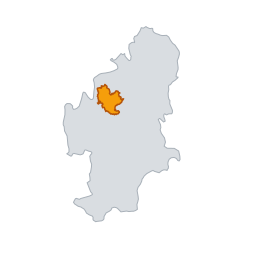 location of Kolubarski within Republic of Serbia, rotated 50°
{"feature_id": "SRB-837", "entity_name": "Kolubarski", "entity_type": "District", "adm_level": 1, "iso_a3": "SRB", "parent_name": "Republic of Serbia", "parent_adm1": "", "projection": "orthographic", "projection_center": [19.93, 44.309], "detail": "fine", "context": "in_parent", "style": "filled", "palette": "amber", "viewbox_px": 256, "rotation_deg": 50, "n_neighbors": 0, "source": "natural_earth", "source_scale": "10m", "svg_char_len": 7477}
<svg xmlns="http://www.w3.org/2000/svg" viewBox="0 0 256 256"><g transform="rotate(50 128 128)"><path d="M141.0,99.4L146.4,101.0L148.8,102.6L150.1,104.6L153.5,105.9L159.0,106.4L162.9,108.4L165.2,112.0L168.7,111.0L173.4,105.6L178.2,104.0L182.9,106.4L185.6,108.4L186.1,110.0L185.0,110.7L182.4,110.5L180.2,111.6L178.6,114.0L178.4,116.5L179.7,119.1L181.4,120.8L183.6,121.8L184.8,123.1L185.1,124.8L185.6,125.3L184.4,126.1L183.1,127.4L182.4,129.5L182.3,132.9L178.2,135.6L176.6,136.1L176.0,137.9L175.0,142.9L175.2,146.6L175.9,148.4L176.2,150.0L177.6,151.8L179.0,154.7L179.9,158.5L181.8,161.3L186.7,164.1L189.1,165.7L190.9,168.1L192.3,170.3L196.3,173.1L196.1,175.2L195.3,177.3L194.4,178.3L192.6,181.0L190.7,182.5L187.7,187.3L182.8,187.7L181.6,188.1L179.8,189.5L178.9,191.8L179.9,193.7L179.8,195.6L179.0,199.3L180.4,203.2L182.2,204.9L182.5,206.0L182.2,207.8L179.7,211.6L179.0,213.0L176.3,213.8L175.4,213.5L174.0,212.2L172.7,211.9L169.6,213.5L166.5,214.5L163.9,213.9L161.4,213.8L159.7,214.5L158.4,214.8L155.9,216.5L151.8,217.7L149.9,217.5L149.2,216.0L148.4,213.8L148.7,212.8L151.4,211.1L151.7,209.4L155.3,201.4L156.0,198.9L156.0,198.0L155.0,197.5L152.9,197.6L143.7,194.5L144.0,190.9L141.3,188.9L138.4,187.2L137.9,185.2L134.6,181.3L132.3,179.1L129.2,178.0L126.7,176.4L125.1,175.5L124.4,173.6L124.4,172.5L123.6,171.5L122.3,171.6L120.3,173.1L117.7,174.4L117.2,175.3L118.2,177.5L118.9,178.9L118.6,180.2L117.8,181.9L112.8,185.7L112.3,187.0L113.2,189.1L112.6,190.0L108.5,191.4L108.6,190.3L108.3,188.5L105.9,186.5L102.5,185.0L95.0,179.8L92.1,179.1L89.5,178.5L85.9,176.0L84.0,175.6L81.9,173.8L77.3,167.8L73.5,164.5L70.9,162.8L70.1,161.2L70.0,159.6L70.1,159.0L72.1,156.7L73.6,156.4L75.6,156.3L76.9,157.5L78.6,157.8L79.6,156.3L80.1,154.1L79.9,151.3L75.8,144.8L72.3,140.2L71.9,139.2L72.7,138.4L73.9,138.0L75.2,138.3L78.7,138.7L82.0,138.3L83.1,137.2L83.1,135.7L81.9,134.3L78.1,130.6L75.1,127.3L71.6,124.8L69.0,123.7L68.2,122.5L67.9,121.1L68.2,118.6L68.4,115.4L69.1,113.4L71.5,109.7L73.7,105.7L75.1,101.9L75.9,98.3L75.6,97.3L74.5,96.5L72.0,95.7L68.6,96.4L65.7,97.6L64.5,97.7L64.2,96.1L64.6,95.4L65.6,95.5L66.3,95.8L67.1,95.1L67.6,93.0L66.5,85.5L68.6,84.8L68.7,83.7L68.9,82.8L71.1,84.1L74.3,84.1L77.0,83.9L77.4,83.2L77.4,82.1L76.8,81.3L75.9,80.6L75.2,79.5L73.3,79.1L67.6,76.3L64.7,73.4L64.9,70.4L65.7,68.7L66.7,68.1L66.4,67.6L63.2,66.1L62.1,64.2L63.0,61.6L61.4,56.5L59.7,53.4L61.4,52.0L61.7,50.1L61.9,49.0L62.6,49.0L65.4,47.7L66.4,46.7L67.0,45.5L67.7,45.2L69.6,46.5L71.5,46.7L73.8,45.8L75.4,44.7L77.4,43.7L78.3,43.1L79.5,42.0L81.8,38.9L84.5,38.3L88.0,39.1L91.8,39.4L94.7,38.7L101.9,39.5L103.4,40.3L104.4,41.1L106.3,43.7L108.2,47.1L110.7,48.7L113.7,50.6L115.3,52.0L117.6,56.1L119.5,58.1L120.1,58.0L120.7,57.4L121.1,57.0L121.6,57.4L121.6,58.6L121.7,61.4L121.3,64.4L122.0,67.2L122.0,68.0L121.6,68.8L121.7,69.5L122.3,70.3L124.8,72.1L127.1,74.9L129.8,76.9L132.3,78.2L133.8,78.2L136.4,80.5L141.4,82.1L143.0,82.6L144.1,83.5L145.0,84.6L145.0,85.8L144.3,86.4L143.2,88.0L142.8,89.9L142.0,90.4L141.2,90.5L140.6,91.1L140.8,91.9L141.5,92.7L142.5,93.4L144.6,94.1L146.6,95.1L146.5,95.9L146.2,96.9L143.6,97.2L141.8,97.4L140.9,97.8L141.0,99.4Z" fill="#d9dde1" stroke="#a8b0b8" stroke-width="1"/><path d="M87.8,132.8L87.7,132.8L87.6,132.7L87.3,132.4L87.1,132.3L86.8,132.2L86.5,132.1L86.1,132.0L85.8,131.7L85.6,131.4L85.3,131.3L84.9,131.1L84.6,131.1L84.3,131.1L84.1,131.1L84.0,130.9L83.8,130.4L83.5,130.1L83.4,130.1L83.1,130.0L83.0,129.9L82.9,129.2L82.4,128.2L82.2,128.1L81.8,127.9L81.7,127.8L81.5,127.6L81.4,127.5L81.0,127.6L80.9,127.5L80.7,127.5L80.6,127.4L80.3,127.1L80.2,127.1L79.6,126.9L79.2,126.8L79.0,126.7L78.7,126.6L78.1,126.2L78.0,125.9L78.1,125.6L78.1,125.2L78.3,125.0L78.6,124.7L78.8,124.1L79.1,123.6L79.3,123.4L79.7,123.3L79.9,123.3L80.1,123.1L80.2,122.9L80.2,122.7L79.8,121.9L79.7,121.8L79.3,121.9L79.1,121.8L78.9,121.6L78.8,121.4L78.7,121.3L78.8,121.2L79.0,120.8L79.5,120.8L79.7,120.7L79.9,120.5L80.1,120.1L80.2,119.8L80.4,119.2L80.4,118.9L80.5,118.6L80.6,118.4L80.1,118.1L79.9,117.9L80.0,117.8L80.0,117.7L80.4,117.6L80.7,117.5L81.1,117.6L81.4,117.5L81.7,117.4L82.4,117.3L82.9,117.6L83.0,117.7L83.1,118.0L83.4,118.3L83.6,118.3L83.8,118.4L84.1,118.3L84.3,118.2L84.7,118.0L85.0,117.9L85.5,117.8L85.9,117.6L86.1,117.6L86.3,117.6L88.1,118.4L88.8,118.7L89.0,118.8L89.1,119.0L89.4,119.3L89.4,119.5L89.4,119.8L89.5,119.9L89.9,120.0L91.0,120.0L91.4,119.9L91.5,119.9L91.6,119.5L91.9,119.1L91.6,118.7L91.2,118.2L91.3,117.8L91.6,117.7L92.1,117.8L92.3,117.7L92.4,117.4L92.4,116.9L92.3,116.6L92.1,116.2L92.5,115.7L92.6,115.3L92.5,115.2L92.3,114.8L92.2,114.5L92.1,114.4L92.1,114.1L92.0,113.8L91.9,113.7L92.0,113.4L92.1,113.2L92.4,112.8L92.5,112.7L92.8,112.6L93.3,112.2L93.5,112.1L94.0,112.2L94.3,112.5L94.5,112.5L94.7,112.3L95.2,112.2L95.5,112.0L95.6,111.8L95.9,111.8L95.9,112.0L95.7,112.6L95.7,112.8L95.8,113.0L96.0,113.2L96.2,113.5L96.4,113.7L96.5,113.8L97.3,114.0L97.6,114.2L98.0,114.4L98.3,114.5L98.5,114.4L98.8,114.2L98.9,113.9L99.0,113.8L99.2,113.7L99.5,113.6L99.9,113.6L100.1,113.7L100.2,113.8L100.3,113.9L100.4,114.2L100.6,114.5L100.8,114.9L100.9,115.0L101.0,115.0L101.5,114.7L101.8,114.5L101.8,114.4L102.0,114.1L102.3,113.6L102.4,113.2L102.5,113.0L102.6,112.9L102.8,112.8L102.9,113.0L103.0,113.2L103.0,113.5L103.1,113.9L103.3,114.2L103.3,114.3L103.3,114.5L103.2,115.0L103.3,115.2L103.7,115.5L103.9,115.8L104.1,116.2L104.1,116.7L104.2,117.0L104.2,117.3L104.1,117.6L104.0,117.8L104.2,118.2L104.2,118.3L104.2,118.5L104.2,118.8L104.2,119.0L104.1,119.4L104.0,119.7L103.9,120.0L103.7,120.2L103.5,120.4L103.4,120.5L103.4,120.8L103.1,121.1L103.1,121.3L103.1,121.5L103.4,121.8L103.5,122.0L103.4,122.2L103.4,122.3L103.1,122.7L103.0,122.9L103.0,123.1L103.1,123.6L103.6,124.3L103.8,124.7L103.9,124.8L104.3,125.1L105.0,125.7L105.1,125.9L105.3,126.3L105.5,126.6L106.0,126.7L106.2,126.4L106.2,126.2L106.3,126.0L106.3,125.9L106.5,126.0L106.8,126.2L107.0,126.2L107.3,126.1L107.5,126.0L107.6,125.9L107.8,125.6L108.1,125.3L108.1,125.2L108.3,124.8L108.4,124.5L108.5,124.4L109.0,124.4L109.6,124.2L110.0,124.3L110.3,124.5L110.5,124.7L110.5,124.8L110.4,125.1L110.4,125.3L110.5,125.5L110.6,125.8L110.7,126.0L110.7,126.3L110.7,126.6L110.3,127.2L110.1,127.5L110.0,127.8L110.0,128.2L109.9,128.2L109.9,128.3L109.4,128.4L109.3,128.5L109.2,128.6L109.2,128.8L109.2,129.0L109.2,129.3L109.1,129.5L108.9,129.7L108.9,129.8L108.6,129.7L108.4,129.8L108.2,129.8L108.0,130.0L107.9,130.2L107.9,130.5L107.6,131.0L107.2,131.1L106.6,131.4L106.5,131.6L106.4,131.8L106.4,132.0L106.2,132.2L105.4,132.2L105.2,132.2L105.0,132.3L104.6,132.5L104.4,132.6L104.2,132.6L103.8,132.5L103.7,132.5L103.3,132.6L102.8,132.6L102.6,132.6L102.3,132.8L102.2,133.1L101.8,133.2L101.1,133.3L100.9,133.4L100.9,133.5L101.0,134.2L101.0,134.3L100.9,134.3L100.7,134.3L100.4,134.1L100.0,134.0L99.6,133.9L99.3,133.8L98.9,133.8L98.0,133.3L97.9,133.3L97.5,133.3L97.4,133.2L97.1,133.0L96.6,133.4L96.3,133.6L96.2,133.8L96.1,134.3L95.7,134.2L95.3,134.1L95.1,134.1L94.9,133.9L94.7,133.7L94.1,133.5L93.9,133.3L93.8,133.1L93.7,132.9L93.7,132.7L93.8,132.5L93.9,132.4L93.8,132.2L93.6,132.0L93.3,131.9L93.1,131.8L92.5,131.8L92.4,131.8L92.2,131.9L92.2,132.0L92.1,132.3L91.6,132.6L91.3,132.9L91.2,132.9L90.6,132.6L90.3,132.3L90.2,132.2L89.8,132.2L89.5,132.3L89.4,132.4L89.4,132.5L89.7,132.8L90.0,133.1L90.2,133.4L90.5,133.9L90.6,134.3L90.6,134.6L90.6,134.8L90.6,135.1L90.4,135.3L90.2,135.3L89.7,135.3L89.6,135.2L89.4,135.2L89.5,134.7L89.4,134.5L89.4,134.4L89.0,133.9L88.9,133.8L88.9,133.6L88.5,133.2L88.3,132.9L88.2,132.8L87.8,132.8Z" fill="#f59e0b" stroke="#b45309" stroke-width="1.5"/></g></svg>